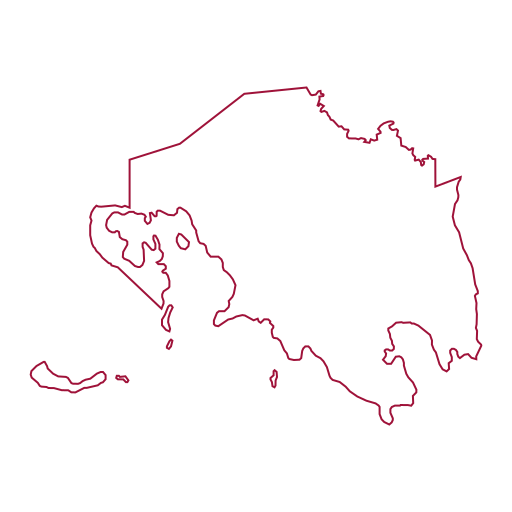 National Capital District, National Capital District, Papua New Guinea
{"feature_id": "67681753B89852769449867", "entity_name": "National Capital District", "entity_type": "district", "adm_level": 2, "iso_a3": "PNG", "parent_name": "Papua New Guinea", "parent_adm1": "National Capital District", "projection": "mercator", "projection_center": [147.2, -9.446], "detail": "fine", "context": "isolated", "style": "outline", "palette": "rose", "viewbox_px": 512, "rotation_deg": 0, "n_neighbors": 0, "source": "geoboundaries", "source_scale": "gbopen_adm2", "svg_char_len": 6073}
<svg xmlns="http://www.w3.org/2000/svg" viewBox="0 0 512 512"><path d="M161.5,308.7L163.5,303.6L163.6,301.1L162.2,297.0L162.2,294.3L163.6,291.3L168.3,288.2L169.4,286.8L169.4,281.0L167.8,275.5L165.8,272.8L163.3,272.8L162.3,271.7L162.8,270.7L165.8,268.7L165.8,266.2L163.8,264.1L158.3,264.1L156.7,262.4L159.8,261.0L161.8,259.0L162.8,256.3L162.9,253.2L159.4,249.1L159.5,244.6L157.9,239.8L155.5,235.7L154.0,235.5L153.4,236.3L153.4,239.4L155.4,243.9L155.4,248.7L153.7,250.1L151.7,249.7L145.7,242.8L144.1,242.3L142.6,243.4L142.6,246.9L143.6,249.6L144.1,260.9L142.4,265.0L140.0,267.0L138.0,267.0L134.9,266.0L129.2,260.8L124.2,258.7L122.8,257.0L123.2,251.9L127.3,244.7L127.3,241.7L125.9,240.2L122.3,239.2L119.8,237.1L118.9,231.9L117.2,231.0L115.8,231.3L114.8,232.3L112.1,232.3L109.1,230.8L106.7,227.7L106.1,225.1L107.1,219.9L112.3,213.4L114.3,212.4L118.0,212.4L122.0,214.5L124.5,214.5L129.2,211.9L133.7,211.9L134.7,212.9L137.7,214.0L141.4,213.6L144.4,214.7L145.8,216.7L144.8,218.2L144.8,220.8L147.4,223.9L149.6,222.8L150.9,220.3L149.9,213.1L151.6,212.7L154.6,216.2L155.9,216.3L156.6,215.8L156.7,211.7L157.7,210.7L160.1,210.7L168.2,214.8L173.9,215.3L177.0,212.8L177.4,209.1L179.1,207.7L180.5,207.7L186.2,211.3L189.6,215.4L191.6,220.6L192.2,224.3L196.2,230.5L196.2,232.5L198.6,241.2L200.2,243.2L203.6,243.9L205.7,245.9L207.2,252.5L210.7,256.7L218.4,256.7L221.4,259.4L222.8,262.9L222.8,267.0L223.8,270.1L226.8,272.2L229.9,275.3L232.9,279.4L235.5,285.2L233.8,293.8L232.4,296.9L228.7,301.0L229.3,304.1L228.6,307.2L224.5,311.2L219.0,311.2L217.0,312.8L213.9,320.4L213.9,324.1L215.3,325.6L218.3,326.2L228.2,319.5L232.6,318.5L236.3,316.5L242.4,315.1L244.9,315.5L253.6,320.3L257.7,318.7L258.7,321.4L260.7,322.8L264.2,319.3L268.2,319.4L270.3,321.4L269.9,322.9L273.3,326.0L273.3,327.6L271.8,329.7L271.8,332.8L272.8,336.9L273.8,337.9L277.3,338.4L280.3,341.0L284.3,350.3L286.9,353.4L288.3,358.0L289.3,359.0L293.9,360.0L299.5,359.7L301.2,358.1L302.2,350.9L303.3,348.4L305.3,346.4L308.4,346.4L310.4,348.5L311.4,350.9L315.8,355.7L320.5,358.2L323.5,361.3L326.9,367.1L329.5,375.7L330.5,377.8L332.6,379.9L339.7,382.0L345.7,386.7L349.8,391.3L357.3,396.5L366.4,400.7L375.6,403.4L378.6,405.5L379.6,406.9L379.6,414.1L381.6,419.3L384.2,422.0L389.3,424.5L391.7,422.4L392.8,420.0L392.8,418.3L390.4,412.8L390.4,409.1L391.8,407.0L394.9,405.6L400.0,405.6L400.6,405.0L408.1,405.1L411.2,405.7L413.2,403.1L412.9,395.9L416.3,392.4L416.4,389.7L413.0,382.5L408.3,377.3L406.3,373.8L403.9,365.6L403.9,362.9L402.9,359.4L401.3,357.3L399.3,356.3L395.8,356.7L391.1,363.8L387.0,363.8L383.0,359.7L385.7,356.2L386.1,353.5L384.7,351.5L384.7,350.4L386.1,349.4L388.1,349.4L389.8,350.5L392.2,350.5L393.8,349.0L393.9,346.4L392.2,343.9L391.9,340.8L390.3,337.7L389.9,334.0L388.3,330.5L388.3,328.5L392.0,326.4L396.1,322.7L401.5,322.2L403.2,322.8L410.3,322.4L411.7,323.5L413.8,323.5L418.4,325.6L430.0,334.9L432.0,340.5L431.9,344.6L433.9,349.7L435.9,352.4L439.5,364.2L442.6,369.3L446.6,371.4L449.1,369.0L448.7,363.2L451.8,360.8L451.8,357.1L450.2,352.9L450.2,350.5L451.9,348.8L453.9,348.8L455.9,349.9L457.3,352.0L457.3,354.0L458.3,356.7L459.9,358.1L464.4,354.7L468.1,354.1L471.5,357.8L476.3,359.2L476.2,356.4L481.3,345.7L481.1,344.6L478.1,341.7L476.8,339.1L477.1,330.9L475.9,327.9L476.6,324.3L476.9,314.1L476.2,309.1L476.5,303.1L474.9,295.9L475.8,294.4L477.8,293.4L477.8,291.1L475.2,284.4L472.6,268.2L470.9,263.3L468.8,260.1L466.9,255.2L463.2,248.5L459.1,232.3L454.9,225.3L452.7,216.6L455.0,204.0L457.5,200.3L458.3,197.3L458.4,195.1L457.0,189.6L457.0,187.2L458.7,181.7L460.3,179.5L460.7,177.0L435.4,186.6L435.3,159.2L432.5,158.9L431.1,156.8L428.4,155.2L427.8,155.7L428.0,158.6L423.2,158.9L422.3,159.7L422.4,160.6L424.2,162.0L423.7,164.3L422.0,165.6L421.2,165.0L420.8,162.0L418.7,159.6L415.1,160.6L414.7,159.9L415.2,156.9L413.2,155.1L412.4,153.4L413.2,148.4L412.1,148.2L410.6,149.6L408.9,149.9L405.7,147.0L401.3,145.6L400.6,138.1L396.9,135.8L398.0,130.6L396.4,129.1L393.4,130.0L391.9,129.9L389.8,128.0L389.3,125.6L393.4,123.6L393.6,122.5L392.9,121.7L390.5,121.3L387.9,121.8L383.7,123.4L380.5,125.8L378.1,128.9L380.5,131.7L380.6,132.9L376.7,134.6L377.2,139.7L374.2,140.6L370.8,139.3L369.5,142.8L364.3,141.9L365.7,140.1L364.6,138.9L361.0,138.1L358.5,139.3L355.7,138.5L349.0,138.4L347.1,136.8L347.1,133.9L348.6,130.8L348.2,129.7L344.2,129.4L341.5,126.3L338.7,126.6L333.2,120.5L330.7,119.6L329.4,116.7L327.9,115.1L327.0,112.4L324.4,110.9L321.4,111.9L320.5,111.1L321.2,108.8L323.8,106.0L320.2,103.8L318.6,105.9L317.6,105.4L319.6,99.4L319.4,96.6L323.2,96.0L323.6,95.0L323.3,94.3L320.9,93.7L320.5,90.9L318.4,91.3L315.8,94.6L312.0,95.2L310.6,94.5L306.5,87.5L244.3,93.8L179.9,143.8L129.6,159.7L129.6,207.7L124.9,205.8L121.8,207.1L115.1,205.4L101.3,206.7L98.4,206.5L96.4,205.7L94.0,208.3L91.5,212.5L90.2,217.3L91.5,220.6L90.2,225.3L90.2,235.3L92.0,243.6L93.5,246.8L94.8,248.0L96.4,251.0L99.8,254.2L102.3,257.6L108.7,263.1L110.7,263.6L111.5,265.4L117.8,267.3L161.5,308.7ZM43.6,361.9L36.5,366.0L31.4,371.1L30.7,374.6L31.7,377.6L37.8,382.8L39.8,385.9L41.4,386.6L46.5,387.0L48.5,388.0L54.0,388.1L61.8,390.2L68.3,390.3L71.3,392.3L75.4,392.4L84.2,387.9L86.6,387.9L97.8,385.3L100.9,382.9L102.9,382.3L105.6,379.2L105.6,375.1L103.0,372.0L100.6,372.0L96.9,373.6L90.3,378.7L85.6,379.7L82.6,381.1L80.1,383.1L78.1,383.8L73.0,383.7L71.4,383.1L67.9,377.9L65.9,376.9L58.2,376.4L53.1,373.7L47.7,368.5L47.1,366.2L44.7,361.9L43.6,361.9ZM164.9,314.9L162.0,319.6L162.0,325.2L166.0,329.9L169.4,331.4L170.1,328.9L168.1,322.1L168.5,318.0L170.2,312.5L172.7,307.4L171.3,305.3L169.6,305.3L168.2,306.7L164.9,314.9ZM178.9,233.8L176.8,237.9L176.8,241.6L178.8,245.7L180.8,248.2L185.3,249.3L188.4,246.2L189.0,242.1L181.3,234.5L178.9,233.8ZM274.6,370.2L273.6,371.2L273.6,375.3L270.5,378.0L270.5,379.4L271.9,382.1L272.5,386.2L274.5,387.3L275.5,385.6L275.6,380.5L277.0,377.0L276.6,371.9L274.6,370.2ZM116.8,375.8L116.2,377.9L117.8,379.3L123.3,379.4L125.9,382.1L127.4,382.1L128.4,380.4L125.4,376.3L119.9,376.9L118.9,375.8L116.8,375.8ZM171.0,339.6L169.4,341.3L166.9,346.4L166.9,347.8L168.9,348.9L171.0,346.4L172.4,340.7L171.0,339.6Z" fill="none" stroke="#9f1239" stroke-width="2"/></svg>